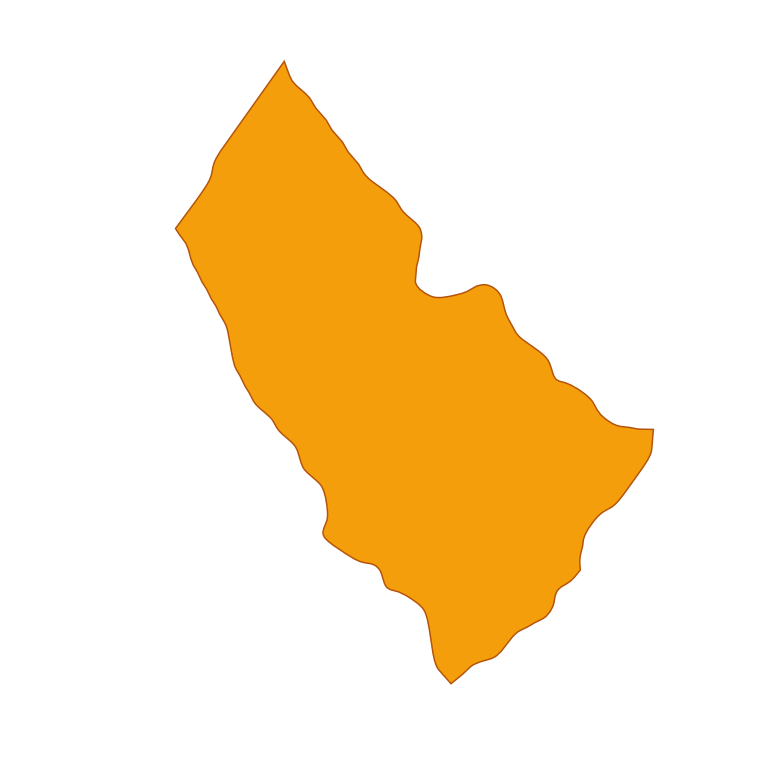 Postrer Rio, Independencia, Dominican Republic (orthographic projection), rotated 125°
{"feature_id": "3306468B53759087220335", "entity_name": "Postrer Rio", "entity_type": "district", "adm_level": 2, "iso_a3": "DOM", "parent_name": "Dominican Republic", "parent_adm1": "Independencia", "projection": "orthographic", "projection_center": [-71.638, 18.58], "detail": "fine", "context": "isolated", "style": "filled", "palette": "amber", "viewbox_px": 768, "rotation_deg": 125, "n_neighbors": 0, "source": "geoboundaries", "source_scale": "gbopen_adm2", "svg_char_len": 2979}
<svg xmlns="http://www.w3.org/2000/svg" viewBox="0 0 768 768"><g transform="rotate(125 384 384)"><path d="M591.1,157.2L576.5,153.1L566.5,151.1L562.7,149.8L557.3,146.5L547.4,138.6L543.7,136.6L541.8,135.9L535.6,134.7L516.8,133.7L510.7,132.4L507.3,130.8L500.7,127.1L493.4,123.8L485.2,119.3L481.5,118.0L475.4,117.4L469.4,118.1L465.8,119.3L459.4,122.3L455.8,123.2L453.9,123.4L452.0,123.3L448.4,122.4L441.8,119.4L438.2,118.1L432.1,117.1L423.7,116.5L417.6,121.5L414.3,123.6L410.6,125.4L402.9,128.3L396.9,131.5L392.8,132.7L386.2,133.6L377.1,133.6L370.5,133.0L366.1,132.1L362.3,130.8L353.8,126.7L349.5,125.6L345.0,124.9L338.0,124.5L326.1,124.3L304.6,124.1L295.3,124.4L288.5,125.4L284.5,126.9L266.7,137.3L273.5,147.4L275.5,150.7L278.8,158.0L283.3,166.3L284.6,170.1L285.4,174.1L285.6,178.3L285.6,182.5L284.9,188.7L283.0,194.4L278.9,202.8L277.8,206.7L277.0,212.9L276.9,221.5L277.6,229.8L278.8,235.6L281.1,241.9L281.5,245.1L281.2,246.9L279.6,250.2L273.7,257.9L271.4,261.3L270.5,263.2L269.2,267.3L268.6,271.7L268.3,276.1L268.1,296.4L267.6,300.7L266.5,304.9L258.9,320.4L256.8,323.9L254.2,327.3L247.3,335.2L244.9,338.7L243.9,340.6L242.7,344.6L242.5,346.6L242.4,350.7L243.2,354.7L243.9,356.6L244.8,358.4L247.2,361.3L250.1,363.8L251.7,364.8L260.5,369.0L265.6,372.5L273.6,379.6L278.1,384.2L280.9,387.4L283.2,390.9L284.2,392.8L285.4,396.8L286.1,403.0L285.8,409.0L284.9,412.7L284.2,414.4L283.1,416.0L281.8,417.3L269.4,424.5L260.3,428.1L251.9,432.5L243.1,436.5L241.6,437.5L238.8,440.0L236.4,443.0L235.5,444.7L234.8,446.6L233.9,450.6L232.7,462.8L232.0,466.8L230.8,470.4L227.0,479.0L226.0,483.2L225.2,492.0L224.9,510.0L224.5,514.4L223.7,518.7L222.5,522.5L218.5,530.9L214.5,546.5L209.7,556.7L205.8,572.4L201.0,582.6L197.1,598.2L192.5,608.5L191.2,614.5L189.9,626.8L188.5,632.8L185.8,637.9L176.9,650.8L287.5,651.5L294.9,651.0L299.6,650.2L304.0,648.7L312.2,645.1L316.7,644.0L321.4,643.4L328.6,643.1L340.8,643.1L376.2,644.0L378.5,638.5L382.4,627.0L385.8,621.7L392.6,613.5L396.1,608.3L399.4,601.0L405.0,591.2L408.0,583.8L413.5,573.9L416.5,566.5L421.2,558.3L424.4,551.2L426.3,547.6L428.8,544.1L431.7,540.9L448.8,523.7L454.5,517.2L456.7,513.6L460.0,506.4L465.5,496.5L468.6,489.2L473.0,480.9L474.3,477.1L475.0,473.1L476.5,458.7L477.5,454.7L481.5,446.2L482.7,442.6L483.4,438.5L484.7,426.2L485.6,422.2L486.3,420.3L488.3,416.6L496.1,406.7L498.4,403.2L499.3,401.3L499.9,399.4L500.7,395.4L502.2,381.1L503.3,377.1L504.2,375.2L506.4,371.7L510.4,366.8L516.5,360.9L521.3,356.8L524.7,354.4L528.2,352.6L537.2,350.4L540.4,349.0L541.8,347.9L542.9,346.4L543.8,344.7L544.3,342.9L544.9,338.9L545.2,332.5L544.9,316.8L544.3,307.9L543.1,301.5L541.7,297.8L538.6,291.3L537.8,287.7L537.7,285.7L538.4,281.9L539.1,280.0L541.3,276.7L547.2,269.1L548.8,265.9L549.1,264.1L548.8,260.9L545.9,252.8L544.6,244.7L544.3,238.3L544.3,231.9L544.7,227.7L545.5,223.7L546.2,221.7L548.3,218.0L552.2,213.1L558.2,206.9L577.0,188.9L581.3,184.2L583.9,180.8L586.0,177.2L586.7,175.3L591.1,157.2Z" fill="#f59e0b" stroke="#b45309" stroke-width="1.5"/></g></svg>